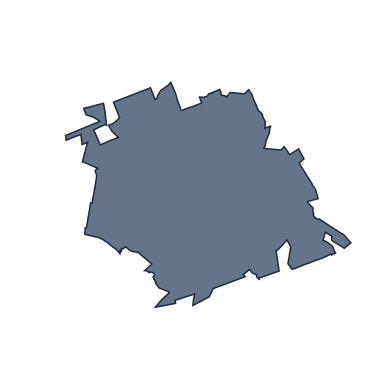 San Felipe del Progreso, México, Mexico, rotated 148°
{"feature_id": "50627088B26208541909776", "entity_name": "San Felipe del Progreso", "entity_type": "district", "adm_level": 2, "iso_a3": "MEX", "parent_name": "Mexico", "parent_adm1": "México", "projection": "mercator", "projection_center": [-99.99, 19.649], "detail": "fine", "context": "isolated", "style": "filled", "palette": "slate", "viewbox_px": 384, "rotation_deg": 148, "n_neighbors": 0, "source": "geoboundaries", "source_scale": "gbopen_adm2", "svg_char_len": 5696}
<svg xmlns="http://www.w3.org/2000/svg" viewBox="0 0 384 384"><g transform="rotate(148 192 192)"><path d="M269.3,306.9L271.3,302.5L268.9,302.1L262.9,301.2L261.7,300.9L258.4,300.2L256.8,299.9L255.7,299.8L260.1,290.4L254.0,289.5L255.8,288.1L260.9,283.3L262.4,281.9L269.0,275.5L268.4,275.3L259.4,262.1L259.8,261.4L261.0,261.9L261.9,261.8L263.2,260.9L263.8,256.9L265.7,254.6L266.1,254.0L270.1,249.4L271.9,247.7L271.9,247.1L272.1,246.7L272.4,246.5L272.6,246.3L273.0,246.4L275.4,243.5L277.4,241.3L278.3,240.4L278.9,239.7L279.7,238.7L280.9,237.6L282.6,235.7L283.8,236.5L286.1,233.9L287.2,232.5L289.7,229.8L291.7,227.5L293.6,225.4L297.4,221.0L299.7,218.5L300.6,217.5L301.6,218.2L305.3,212.9L302.7,210.2L300.4,208.0L299.3,206.8L298.4,205.7L297.2,204.7L296.2,203.9L295.7,203.3L293.2,199.7L292.6,198.6L291.8,196.4L291.6,196.4L290.6,194.2L289.8,191.8L289.9,191.7L287.2,184.6L286.6,182.8L286.1,180.2L285.9,177.9L285.2,178.9L284.8,178.7L283.7,179.2L283.2,179.0L283.1,179.3L283.5,179.6L284.2,179.6L284.4,179.7L284.5,180.1L284.2,180.2L283.8,180.2L283.6,180.0L283.1,180.1L282.6,180.3L282.6,180.6L282.6,180.9L282.4,181.2L281.6,181.3L281.1,181.0L280.9,180.5L280.3,180.2L279.7,180.6L279.2,180.5L278.2,180.6L277.2,180.8L277.2,180.3L275.7,175.8L275.3,174.9L274.3,173.4L272.6,171.9L270.8,170.3L269.7,169.6L269.8,169.5L264.2,152.2L273.8,150.4L273.2,150.0L272.4,149.2L271.8,148.4L271.5,147.9L271.4,147.6L271.3,147.2L271.4,146.9L271.3,146.5L271.2,146.3L270.3,146.5L270.0,146.4L268.9,145.4L268.2,144.7L267.8,144.1L267.5,142.8L267.6,142.0L267.8,141.7L268.1,141.4L268.6,141.0L269.0,140.9L269.4,140.9L269.4,141.0L269.6,141.0L270.0,140.5L270.1,140.3L270.2,139.8L270.3,139.2L270.2,138.9L270.3,138.7L270.1,138.7L270.2,137.7L270.1,137.3L270.5,136.4L270.7,135.9L270.7,135.7L270.7,135.4L270.3,135.2L270.2,135.0L270.2,134.7L271.2,133.6L271.2,133.2L270.8,131.0L270.9,130.9L270.8,129.6L270.9,129.4L271.1,128.7L264.5,119.4L264.5,118.9L264.7,118.7L269.2,117.7L273.5,117.0L278.2,115.7L284.1,113.7L275.6,110.3L265.0,106.3L263.8,109.1L243.8,104.1L248.0,99.7L251.4,95.3L232.9,93.9L225.1,98.9L224.0,98.6L191.7,92.0L192.2,94.9L184.3,95.7L184.0,92.1L183.3,90.3L181.3,88.3L182.1,85.3L181.5,81.7L180.9,83.5L160.0,78.8L151.7,97.9L150.5,97.3L146.2,98.3L136.7,101.0L137.6,92.9L148.6,80.4L148.6,79.0L148.1,73.3L147.0,73.0L146.1,72.9L144.7,72.6L136.9,71.1L135.5,70.9L130.6,69.9L130.3,69.6L128.8,69.4L124.0,68.5L123.6,68.5L120.4,67.7L119.7,67.5L118.2,67.3L115.9,66.8L115.8,66.7L115.6,66.7L115.3,66.6L114.8,66.5L107.1,65.8L107.2,64.6L102.6,64.1L102.5,66.7L101.5,71.5L103.3,76.2L105.0,79.8L105.3,80.3L106.4,81.7L100.1,87.3L99.7,86.2L96.9,80.3L98.5,78.2L99.2,77.0L97.9,74.1L93.8,66.1L92.8,63.6L84.2,64.6L85.1,70.7L85.9,75.3L87.9,79.0L94.1,92.2L96.0,96.4L96.3,96.6L96.5,97.7L96.7,98.1L97.0,98.8L97.3,98.9L97.4,99.0L97.6,99.2L97.7,99.6L97.8,99.8L97.7,99.9L97.6,100.0L97.6,100.3L97.8,100.4L98.0,100.3L98.1,100.5L98.1,100.9L98.2,101.5L98.5,101.8L99.0,101.9L99.2,102.1L100.0,102.4L100.8,104.3L101.3,104.5L101.1,105.6L101.5,106.0L101.5,106.5L101.8,107.2L101.3,107.8L101.1,108.1L101.0,108.3L100.7,108.5L100.3,109.3L100.2,110.1L100.1,110.9L100.0,111.3L99.8,111.6L99.5,111.9L99.4,112.3L98.8,112.9L98.5,113.2L98.3,113.5L98.2,113.9L97.8,114.6L97.8,114.9L98.1,115.5L98.2,116.1L98.5,116.4L98.5,117.0L98.5,117.4L98.5,117.6L98.7,118.5L98.7,119.0L98.9,119.6L98.9,119.9L99.0,120.2L99.1,120.7L99.4,121.5L99.4,122.1L99.2,122.3L98.9,122.7L96.5,121.9L93.9,121.1L88.5,119.5L87.3,124.0L86.7,125.8L86.4,126.9L86.1,128.1L86.0,129.4L85.9,131.8L86.3,133.4L85.9,134.9L85.9,155.1L85.7,159.8L79.5,160.8L78.7,172.1L89.3,171.9L89.8,181.6L94.2,180.5L106.8,189.9L107.9,191.2L107.5,191.4L107.2,191.5L106.7,191.7L105.8,192.1L104.8,193.1L102.2,195.8L101.3,196.6L98.6,198.6L97.3,199.4L96.3,200.3L95.3,201.0L95.0,201.3L92.2,204.7L91.3,205.4L90.9,205.7L90.4,206.1L90.5,206.2L93.4,207.0L93.9,207.0L94.5,207.1L94.9,207.1L95.6,207.3L96.5,207.3L95.9,208.2L95.4,208.5L94.6,209.8L93.7,210.9L93.2,211.5L93.2,212.3L92.9,212.5L92.5,212.9L92.6,213.7L92.6,214.4L92.6,214.7L92.5,214.8L92.3,216.1L92.2,217.7L92.2,218.4L91.6,219.3L91.5,219.6L91.6,219.9L91.2,220.9L91.1,221.7L91.5,222.9L92.1,224.5L92.3,225.5L92.5,225.8L92.5,226.3L92.3,226.9L92.2,227.7L90.5,238.6L89.5,243.4L89.7,248.7L92.3,248.2L95.8,247.5L97.0,248.6L98.0,249.4L106.9,256.2L111.2,254.6L112.3,254.2L112.2,254.7L112.4,255.2L114.6,257.7L115.2,258.1L115.5,258.0L115.6,258.3L115.7,259.0L115.4,259.7L115.3,259.8L115.0,260.5L114.6,261.3L114.4,261.6L114.3,264.4L117.9,264.9L118.8,265.0L119.8,265.1L120.0,265.3L120.6,265.5L120.9,265.3L121.3,265.2L122.0,265.2L122.3,265.3L122.3,265.5L122.5,265.6L122.8,265.3L123.0,265.5L122.9,265.7L122.9,265.8L123.5,265.9L123.8,265.9L124.2,265.8L124.5,265.8L124.7,266.0L125.0,266.0L125.3,266.1L125.6,266.4L126.1,266.4L126.4,266.3L126.7,266.1L127.6,265.4L127.9,265.3L128.5,265.4L129.0,265.4L129.9,265.6L130.6,265.8L132.7,266.6L134.0,267.5L134.5,268.0L135.4,268.6L135.5,268.5L135.5,268.3L135.6,267.4L135.9,266.3L136.0,265.6L136.4,263.0L136.8,262.4L145.8,264.1L149.1,265.0L153.2,265.8L157.4,266.7L158.0,267.0L156.9,271.0L155.9,276.9L153.7,284.3L151.8,296.3L155.2,295.2L157.0,295.0L157.6,295.1L161.5,294.8L162.3,294.8L164.2,294.8L165.2,294.5L166.2,294.0L166.7,293.7L168.0,292.9L168.5,292.7L169.4,292.4L170.7,291.3L171.6,290.7L172.0,290.2L173.1,289.9L173.5,289.8L174.2,290.1L172.0,302.4L211.0,309.8L214.0,293.5L216.3,292.8L218.8,292.3L221.7,292.0L222.9,292.0L223.8,292.1L225.5,292.4L227.3,292.7L227.6,289.5L227.7,287.1L227.7,285.8L225.6,277.4L234.3,279.0L237.8,279.5L244.8,280.6L243.7,288.1L242.4,296.8L230.0,295.2L229.0,293.9L223.2,306.3L220.1,314.1L232.6,318.1L234.0,318.1L234.7,318.8L239.6,320.4L240.9,313.5L236.3,308.2L233.7,303.3L232.8,300.8L269.3,306.9Z" fill="#64748b" stroke="#1e293b" stroke-width="1.5"/></g></svg>